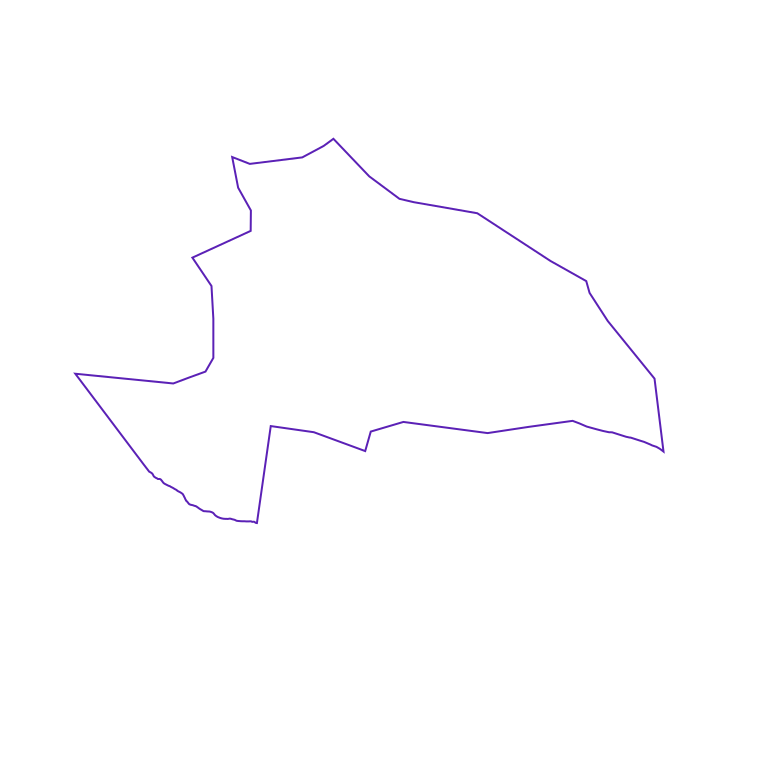 Bayan-Uul, Govi-Altay, Mongolia (Natural Earth projection), rotated 207°
{"feature_id": "93677404B20408254425737", "entity_name": "Bayan-Uul", "entity_type": "district", "adm_level": 2, "iso_a3": "MNG", "parent_name": "Mongolia", "parent_adm1": "Govi-Altay", "projection": "natural_earth1", "projection_center": [95.187, 47.144], "detail": "fine", "context": "isolated", "style": "outline", "palette": "violet", "viewbox_px": 768, "rotation_deg": 207, "n_neighbors": 0, "source": "geoboundaries", "source_scale": "gbopen_adm2", "svg_char_len": 3442}
<svg xmlns="http://www.w3.org/2000/svg" viewBox="0 0 768 768"><g transform="rotate(207 384 384)"><path d="M553.4,199.3L552.9,199.3L552.1,199.3L550.9,199.2L550.6,199.1L549.9,199.0L549.8,198.9L549.3,198.7L548.7,198.3L548.4,198.1L547.6,197.5L547.1,197.2L546.4,197.0L545.4,196.9L544.7,196.8L543.7,196.9L543.1,196.8L542.6,196.7L542.2,196.8L541.7,197.0L541.1,197.4L540.5,197.6L540.2,197.6L539.8,197.6L539.4,197.5L539.0,197.4L538.5,197.1L537.7,196.8L537.5,196.7L536.6,196.2L535.7,195.8L535.3,195.7L535.1,195.6L534.5,195.6L533.8,195.5L533.7,195.5L533.0,195.5L532.3,195.5L532.2,195.5L531.3,195.5L531.1,195.5L530.9,195.5L530.6,195.5L530.4,195.5L529.9,195.5L529.7,195.5L529.3,195.6L528.5,195.7L528.0,195.7L527.4,195.6L526.7,195.6L525.8,195.6L524.8,195.6L522.6,195.4L521.6,195.4L521.1,195.4L520.7,195.4L520.4,195.2L520.2,195.2L519.7,195.1L519.2,195.0L518.6,195.0L518.1,195.0L517.4,195.0L517.0,195.0L516.5,195.0L516.1,195.0L515.3,194.9L514.5,194.8L514.0,194.7L513.4,194.6L513.0,194.3L512.7,194.2L512.2,193.8L511.4,193.3L511.1,193.0L509.8,192.1L508.6,191.1L507.8,190.6L507.3,190.3L507.3,190.2L506.8,190.1L506.3,189.9L505.7,189.7L504.8,189.3L504.0,188.9L503.2,188.6L502.8,188.5L502.6,188.5L502.4,188.6L501.9,188.6L501.5,188.6L500.9,188.8L500.5,188.9L500.0,189.0L499.4,189.2L498.4,189.3L497.1,189.5L496.5,189.6L496.4,189.7L496.0,189.7L495.4,189.7L494.8,189.6L494.3,189.5L494.2,189.5L493.4,189.4L492.4,189.2L491.5,189.1L490.4,189.0L489.5,189.0L489.2,189.0L488.9,188.9L488.5,188.9L488.4,188.9L488.0,188.9L487.9,188.9L487.5,188.8L487.3,188.8L487.2,188.8L486.9,188.9L486.6,189.0L486.2,189.2L485.9,189.3L485.7,189.4L485.0,189.7L483.7,190.2L482.8,190.6L482.1,190.9L481.4,191.2L480.5,191.4L479.9,191.5L479.7,191.5L479.0,191.6L478.2,191.6L477.5,191.5L477.2,191.4L476.7,191.2L476.3,191.0L475.8,190.8L474.9,190.4L474.2,190.3L473.2,190.1L472.5,190.1L471.9,190.0L471.1,190.1L470.7,190.1L470.3,190.2L470.0,190.2L469.7,190.2L468.6,190.4L468.4,190.4L468.1,190.5L467.5,190.6L467.1,190.7L466.5,190.9L465.8,191.1L465.3,191.3L464.7,191.6L463.9,191.9L462.7,192.5L461.9,192.9L461.3,193.3L460.9,193.6L460.5,193.9L460.2,194.1L459.9,194.2L459.5,194.3L459.2,194.4L458.9,194.4L458.5,194.5L458.0,194.6L457.4,194.7L456.7,194.9L455.3,195.2L455.1,195.2L454.9,195.2L454.7,195.2L454.4,195.2L454.0,195.2L453.8,195.2L453.4,195.2L453.1,195.3L452.7,195.4L452.4,195.5L452.2,195.6L451.6,195.8L451.3,195.9L450.9,196.1L450.4,196.3L450.1,196.4L448.5,197.1L448.3,197.2L447.1,197.8L446.1,198.3L444.7,198.9L442.9,199.8L441.7,200.4L441.1,200.8L440.7,201.0L440.4,201.1L440.2,201.2L439.9,201.3L439.5,201.3L439.2,201.3L438.8,201.4L438.5,201.6L438.4,201.6L438.0,201.9L437.8,202.0L437.1,202.3L436.8,202.3L436.7,202.3L436.3,202.2L435.8,202.1L435.4,202.1L434.9,202.1L434.6,202.2L434.1,202.4L465.8,295.1L424.6,309.2L370.3,315.7L374.2,335.6L349.5,359.0L269.4,387.3L246.5,403.7L235.6,411.5L199.2,436.8L191.9,437.6L184.1,438.1L174.3,440.1L167.5,441.6L161.5,443.2L160.1,443.9L158.8,444.5L152.1,445.6L144.3,446.9L142.8,447.3L140.8,447.8L140.0,448.2L130.0,449.8L126.0,450.5L119.0,451.0L117.3,451.0L112.7,451.7L108.8,451.5L104.3,450.7L145.4,511.6L213.2,541.7L242.2,558.5L250.5,567.5L291.5,569.2L378.4,578.5L440.1,559.5L454.3,556.0L491.4,562.3L540.4,579.5L545.8,568.8L559.7,548.8L603.5,519.2L622.3,517.3L603.1,492.7L581.4,478.2L572.3,459.9L612.1,409.6L582.2,393.0L565.7,364.7L547.9,329.8L548.7,314.0L560.2,301.7L572.0,288.8L663.7,253.0L561.8,203.3L553.4,199.3Z" fill="none" stroke="#5b21b6" stroke-width="2"/></g></svg>